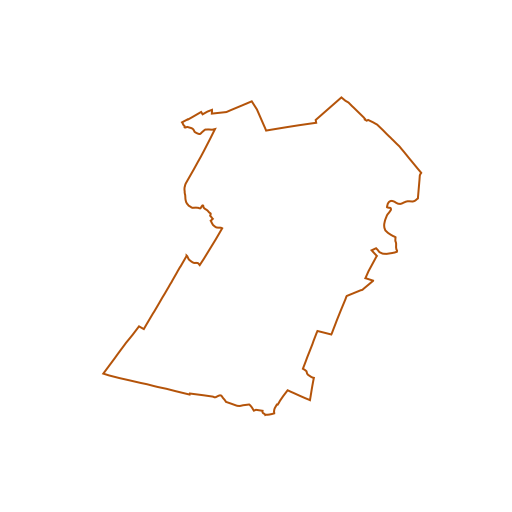 Tiream, Satu Mare, Romania (Equal Earth projection), rotated 340°
{"feature_id": "2599482B66236649043849", "entity_name": "Tiream", "entity_type": "district", "adm_level": 2, "iso_a3": "ROU", "parent_name": "Romania", "parent_adm1": "Satu Mare", "projection": "equal_earth", "projection_center": [22.455, 47.592], "detail": "fine", "context": "isolated", "style": "outline", "palette": "amber", "viewbox_px": 512, "rotation_deg": 340, "n_neighbors": 0, "source": "geoboundaries", "source_scale": "gbopen_adm2", "svg_char_len": 6085}
<svg xmlns="http://www.w3.org/2000/svg" viewBox="0 0 512 512"><g transform="rotate(340 256 256)"><path d="M264.4,397.5L267.1,392.9L268.7,390.3L267.6,389.6L266.5,388.5L265.4,387.0L264.3,385.5L263.9,384.4L263.8,383.8L263.9,382.9L264.0,381.6L263.8,381.2L262.9,379.7L261.5,378.0L266.8,371.9L269.4,368.8L274.3,363.3L278.9,358.1L281.0,355.5L286.5,349.2L288.1,347.5L288.7,347.9L293.6,351.2L299.9,355.5L301.1,354.3L303.5,351.5L307.0,347.5L310.1,343.9L317.2,336.0L325.1,327.4L327.1,325.0L327.6,324.6L342.8,324.0L343.8,324.2L344.7,324.1L345.3,323.8L357.5,319.4L357.6,319.2L352.1,314.9L351.2,314.3L356.6,308.7L365.5,300.8L369.1,297.6L369.6,297.3L367.5,292.4L366.6,290.2L371.4,289.8L371.5,289.8L372.5,292.1L373.1,294.1L373.5,294.8L374.0,295.3L375.5,296.8L376.0,297.2L377.1,297.7L379.5,298.7L381.1,299.0L385.1,299.8L386.6,300.0L387.0,300.1L387.9,300.2L388.2,300.1L389.3,300.2L389.6,300.3L390.1,299.8L390.3,299.5L390.4,299.0L390.2,297.9L390.3,297.3L390.4,296.7L390.6,295.7L391.2,294.2L391.9,292.3L392.1,291.1L392.1,290.2L392.1,289.5L392.3,289.0L392.7,287.9L393.0,287.2L393.4,286.5L393.5,286.0L393.1,285.6L392.7,285.2L392.3,284.7L391.6,284.1L390.5,282.8L389.9,282.1L388.2,279.8L387.8,279.2L387.1,277.8L386.3,276.2L386.3,273.7L386.3,273.4L386.6,272.1L387.0,270.8L387.5,269.7L388.5,268.1L389.4,266.7L390.3,265.6L391.0,264.8L391.9,263.8L392.3,263.3L393.2,262.4L393.8,261.9L394.7,261.4L396.2,260.5L397.9,259.3L398.2,259.1L398.5,258.8L398.7,258.5L398.9,258.0L398.9,257.3L398.8,256.9L398.3,256.5L397.1,256.0L396.0,255.2L395.9,255.1L395.8,254.9L396.3,254.0L397.6,252.1L397.9,251.8L398.3,251.5L399.3,250.8L399.8,250.6L400.4,250.5L400.8,250.4L401.5,250.4L402.0,250.5L402.5,250.7L403.0,251.0L403.7,251.5L404.4,252.1L404.8,252.5L405.6,253.6L407.1,255.2L407.5,255.5L408.1,255.8L408.9,256.2L409.4,256.4L409.9,256.5L411.6,256.5L413.2,256.3L413.9,256.3L415.4,256.2L416.1,256.3L417.2,256.4L417.9,256.7L419.0,257.1L421.4,258.2L421.9,258.4L422.4,258.4L422.9,258.5L423.7,258.5L424.4,258.4L425.1,258.2L427.0,257.5L427.8,257.3L432.3,247.6L435.7,240.3L437.4,236.5L438.0,235.7L438.4,235.3L439.7,234.4L439.6,234.0L439.4,233.6L439.1,232.7L437.7,228.9L435.7,223.2L433.2,216.2L430.6,208.6L429.2,204.8L428.2,201.9L426.5,198.5L424.6,194.4L423.5,192.2L423.3,191.7L422.8,190.6L422.5,190.0L422.3,189.7L420.6,186.2L418.4,181.3L414.9,174.2L414.5,173.6L413.4,172.4L411.9,170.6L408.8,167.4L407.9,166.5L406.3,166.7L405.0,165.1L405.3,164.9L405.4,164.7L405.0,163.8L404.7,162.8L399.6,152.2L398.5,149.9L397.5,148.0L395.4,143.4L393.1,140.7L390.5,136.2L358.6,148.6L358.1,151.4L351.1,149.9L341.0,147.8L329.8,145.6L313.9,142.6L308.4,141.6L308.3,138.8L308.1,136.1L307.6,128.1L307.0,118.6L304.9,109.2L293.1,109.8L282.3,110.3L277.6,110.6L277.0,110.5L263.2,107.1L263.9,105.5L264.2,104.9L264.6,103.6L259.7,103.7L254.3,104.6L253.7,101.9L243.0,103.8L238.7,104.5L238.6,104.2L232.2,105.1L232.5,106.3L232.5,107.1L232.6,107.5L232.7,108.3L233.3,109.4L233.3,109.8L233.2,110.1L233.0,110.4L232.9,110.6L233.0,110.8L233.3,111.0L233.5,111.1L233.8,111.1L234.9,111.2L235.5,111.2L236.0,111.5L236.5,111.9L237.2,112.4L238.0,113.0L238.5,113.3L239.3,114.0L239.9,114.7L240.4,115.7L240.6,116.8L240.7,117.6L240.7,118.1L241.0,118.7L241.5,119.3L242.1,120.0L242.9,120.8L243.7,121.5L244.5,122.0L245.2,122.2L246.5,121.8L246.9,121.5L248.4,120.9L250.0,120.3L251.2,119.9L251.8,119.9L253.0,120.3L254.8,120.9L255.7,121.3L257.2,122.0L258.2,122.4L260.9,122.7L257.1,126.3L253.2,130.0L249.4,133.5L242.8,139.6L237.8,144.1L233.7,147.6L227.2,153.3L217.4,161.6L214.7,163.9L213.7,165.1L213.4,165.5L213.1,166.1L212.6,166.7L212.1,167.6L211.8,168.3L211.4,169.4L211.1,170.8L210.7,171.9L210.4,173.4L210.3,174.5L210.1,175.2L209.7,176.6L209.2,178.2L209.0,179.5L208.9,180.0L208.9,180.6L208.8,181.7L209.2,183.7L209.6,184.4L209.7,185.0L209.9,185.6L210.3,186.1L210.6,186.5L211.3,187.3L211.8,188.1L212.2,188.5L212.6,188.9L213.1,189.1L214.1,189.4L216.1,190.0L217.6,190.7L218.4,191.1L219.0,191.7L219.7,192.1L220.0,192.2L220.3,192.1L220.8,191.7L221.9,190.8L222.9,190.2L223.1,190.2L223.4,190.4L223.6,190.6L223.6,190.8L223.5,191.2L223.4,191.7L223.4,192.1L223.4,192.5L223.6,193.2L224.0,194.0L225.4,195.8L226.0,196.7L226.6,198.3L226.9,199.1L227.4,199.8L227.8,200.3L227.9,200.7L227.4,201.7L226.9,202.1L226.7,202.5L227.0,203.2L227.5,204.5L227.7,205.4L228.1,206.3L225.5,207.4L225.7,208.1L225.7,209.1L226.0,211.0L226.2,212.1L227.4,214.2L228.4,215.5L229.6,216.2L231.2,216.8L232.4,217.3L233.3,217.9L233.7,218.4L228.2,223.0L223.5,226.9L216.2,232.7L205.9,240.9L200.0,245.3L199.2,243.1L198.7,242.6L198.0,242.3L197.3,241.9L196.2,241.7L195.3,241.2L194.8,240.8L194.2,240.2L193.3,239.0L191.9,236.7L191.6,235.8L191.3,232.6L190.9,231.8L190.7,232.3L190.1,232.8L181.3,240.2L181.0,240.3L179.9,241.2L178.0,242.8L176.9,243.7L176.4,244.2L169.3,250.2L167.4,251.9L165.8,253.1L162.9,255.6L161.9,256.4L157.1,260.4L155.2,261.9L153.7,263.1L148.6,267.4L141.1,273.6L139.6,274.7L129.5,283.0L125.6,286.3L124.2,284.7L122.0,282.1L113.0,287.9L103.9,293.3L102.3,294.4L96.8,298.0L91.7,301.4L88.5,303.6L80.9,308.6L72.3,314.3L77.1,318.0L85.9,324.0L95.4,330.1L98.3,332.0L104.3,335.9L109.7,339.2L115.6,343.3L118.9,345.5L126.5,350.2L134.2,355.5L146.2,363.5L146.8,362.6L147.2,362.8L159.0,368.9L167.4,373.4L168.5,374.4L168.9,374.7L169.4,374.8L170.0,374.9L172.2,374.6L173.8,374.5L174.7,374.7L175.5,375.2L175.8,375.8L176.1,376.8L176.3,377.8L176.8,379.1L177.2,380.1L177.6,381.4L177.9,382.8L182.8,386.8L186.5,389.9L187.4,390.5L188.3,390.9L189.2,391.3L190.1,391.5L191.7,391.7L192.7,391.8L196.6,392.7L198.8,393.2L199.5,394.4L199.7,395.1L200.0,395.7L200.5,397.6L200.8,399.3L200.9,399.7L201.1,400.6L201.6,400.6L203.0,400.5L203.3,400.5L203.7,400.7L209.2,403.7L208.9,404.2L208.8,404.8L208.7,405.3L208.8,405.7L209.0,406.2L209.3,406.6L209.9,407.2L210.1,407.7L210.3,408.1L210.3,408.6L210.8,408.6L211.4,408.7L212.5,409.1L214.1,409.5L216.6,409.9L217.9,410.0L219.3,410.1L219.6,409.1L219.8,408.1L220.4,407.1L220.7,406.5L221.6,405.4L224.8,402.7L225.5,403.1L227.1,401.9L229.2,400.1L233.7,396.9L239.8,393.0L242.7,395.9L244.2,397.3L249.5,402.5L253.7,406.5L256.8,409.3L257.4,409.9L259.0,407.1L263.2,399.6L264.4,397.5Z" fill="none" stroke="#b45309" stroke-width="2"/></g></svg>